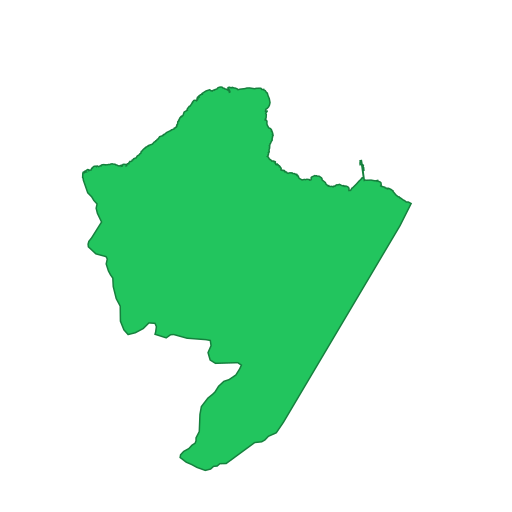 the district of Ngetbong, Ngardmau, Palau, rotated 62°
{"feature_id": "81905179B3509636164924", "entity_name": "Ngetbong", "entity_type": "district", "adm_level": 2, "iso_a3": "PLW", "parent_name": "Palau", "parent_adm1": "Ngardmau", "projection": "robinson", "projection_center": [134.551, 7.586], "detail": "fine", "context": "isolated", "style": "filled", "palette": "green", "viewbox_px": 512, "rotation_deg": 62, "n_neighbors": 0, "source": "geoboundaries", "source_scale": "gbopen_adm2", "svg_char_len": 6077}
<svg xmlns="http://www.w3.org/2000/svg" viewBox="0 0 512 512"><g transform="rotate(62 256 256)"><path d="M282.5,94.4L279.8,96.2L279.0,97.9L276.6,98.9L276.3,99.4L272.5,101.2L272.4,101.6L271.1,101.8L270.4,102.7L267.8,103.8L262.9,104.8L262.8,104.5L260.5,105.6L260.4,106.0L259.8,106.1L258.4,107.2L258.3,108.0L258.6,108.2L258.3,108.6L257.7,108.4L256.6,110.0L255.8,109.9L253.4,112.6L253.1,112.3L252.5,112.9L251.9,112.0L250.0,111.3L249.0,111.6L247.1,113.2L246.4,113.0L246.2,113.4L246.6,114.1L246.1,114.2L245.6,115.5L243.0,118.8L240.9,123.1L240.1,124.1L240.1,124.9L230.9,121.5L231.0,120.5L228.4,119.4L227.6,119.7L226.3,118.6L224.8,119.3L221.2,118.1L220.8,119.4L222.6,120.1L222.6,120.5L224.3,121.2L224.7,119.7L237.8,124.5L236.8,125.5L237.0,126.4L237.6,127.3L238.2,129.8L239.6,133.5L241.2,138.8L241.1,139.4L242.5,141.7L241.8,143.2L240.3,142.3L239.1,142.1L238.0,142.5L236.7,143.5L236.3,144.2L236.4,144.6L235.9,144.7L235.9,145.5L235.0,145.6L234.9,146.3L233.8,147.4L231.9,148.7L231.7,150.1L230.9,151.7L231.3,152.6L231.1,153.1L231.5,153.7L230.8,154.8L231.2,155.2L230.8,155.9L230.1,156.3L229.6,157.6L228.3,159.3L227.9,158.9L227.6,159.4L225.8,160.4L223.7,160.3L219.9,161.9L218.5,161.4L217.7,161.5L215.2,162.8L214.1,164.7L213.5,164.9L213.2,165.9L212.6,166.3L212.5,168.4L212.4,170.0L212.9,170.7L214.1,171.1L214.6,171.9L214.3,173.0L213.6,173.0L212.1,175.1L211.9,176.4L211.1,177.3L210.5,179.6L207.9,181.3L206.4,181.5L205.5,181.1L204.4,181.9L204.2,181.6L203.8,182.0L203.3,181.7L203.1,182.2L202.7,182.1L202.2,183.0L201.4,183.2L200.7,184.5L200.1,185.1L199.7,185.0L199.2,185.7L198.2,187.6L198.1,188.9L197.2,189.6L196.3,189.6L195.3,190.6L195.4,190.9L194.5,191.1L194.1,190.8L193.8,191.2L193.6,191.1L192.7,192.3L192.9,192.4L192.7,192.8L191.6,193.6L190.4,192.6L188.7,192.8L188.3,193.3L188.0,192.9L187.4,193.0L186.8,193.5L185.9,193.6L185.5,194.4L184.8,194.1L184.5,195.0L185.0,195.9L184.1,195.3L183.0,195.5L183.0,195.1L181.8,195.0L181.7,194.8L181.1,195.2L181.0,196.0L180.0,196.3L179.8,197.5L177.7,197.9L177.5,198.4L176.6,198.7L174.6,198.7L173.5,199.2L173.5,198.7L172.5,198.1L172.6,197.7L171.3,196.7L170.4,196.5L170.5,195.7L170.2,195.4L168.4,194.7L166.9,193.1L166.2,193.1L165.8,192.5L164.7,192.3L164.6,191.7L163.5,190.9L163.3,190.2L162.1,188.8L161.4,187.4L160.9,187.4L160.5,186.8L159.7,186.6L159.3,185.9L158.4,185.6L157.9,184.6L157.3,184.1L156.8,184.2L156.7,184.5L156.2,184.4L156.0,183.8L154.3,183.4L153.2,183.7L153.1,183.3L152.6,183.5L151.9,183.1L150.3,183.4L148.8,184.6L145.4,184.6L144.1,184.2L142.1,183.0L140.6,183.3L140.3,184.0L139.5,183.6L139.5,183.1L138.7,182.2L135.8,180.4L134.6,180.5L133.8,179.1L133.7,178.4L133.2,178.2L132.6,179.6L131.1,178.5L130.9,176.7L130.2,174.8L129.1,173.3L127.1,171.6L123.3,170.4L120.0,170.1L117.4,169.5L116.7,170.0L114.4,170.2L112.9,171.2L112.5,171.0L111.7,172.7L110.3,172.9L109.7,173.7L107.9,177.4L107.8,178.5L104.6,182.8L103.4,185.2L103.0,187.2L101.2,191.8L100.7,193.9L99.5,194.2L97.8,195.7L97.6,196.3L96.6,197.1L96.1,198.4L95.9,198.2L95.6,199.2L94.5,200.2L94.2,201.2L94.5,201.5L94.4,201.9L95.4,202.3L95.9,202.2L96.0,201.7L97.7,201.7L98.7,201.9L99.1,202.3L99.0,202.6L98.6,202.3L97.1,202.6L94.5,204.1L94.1,204.9L92.9,205.4L92.4,206.2L91.0,206.7L90.3,207.7L89.8,209.0L89.6,210.6L90.2,212.2L89.8,214.1L90.1,214.8L89.7,215.1L89.6,216.2L89.8,217.3L89.4,217.4L89.0,218.2L87.5,218.8L86.8,222.6L87.2,227.4L88.0,227.5L87.5,229.5L87.9,229.8L87.9,231.3L88.7,231.5L88.2,231.9L88.4,233.1L89.0,233.0L88.9,233.4L89.9,233.6L89.6,234.4L90.9,235.0L91.0,235.7L90.5,235.8L89.5,237.5L89.6,238.1L90.2,239.5L90.5,239.6L90.5,240.2L90.9,240.4L92.8,244.0L92.5,244.6L93.8,247.5L94.6,248.3L95.0,248.2L95.2,251.9L97.7,254.6L97.9,255.6L97.6,256.0L98.1,256.4L97.7,256.8L98.5,258.7L99.1,259.1L99.2,259.6L99.8,260.1L99.8,260.5L100.6,260.8L100.5,261.6L100.8,262.1L102.8,263.3L102.8,264.0L103.3,264.1L103.5,264.8L104.4,265.1L104.4,265.7L104.8,265.8L104.8,268.0L105.1,267.9L105.4,268.9L104.9,271.6L105.2,271.9L105.0,277.0L105.7,280.0L105.4,280.3L105.6,281.4L106.0,281.6L105.4,285.1L106.7,287.4L106.6,288.2L107.4,290.0L107.2,290.5L107.7,291.4L107.6,292.4L108.6,295.0L108.0,298.8L108.3,299.1L108.1,299.4L108.3,299.8L108.1,300.0L108.4,301.9L108.2,302.3L108.6,302.8L108.4,303.0L109.0,305.5L110.0,308.1L109.9,308.3L111.3,309.6L111.2,310.4L111.9,312.1L111.9,313.8L113.1,315.8L112.7,318.0L112.8,318.6L113.3,318.9L113.2,320.4L113.7,320.7L113.9,321.2L113.8,322.4L113.3,322.8L113.9,324.3L114.7,324.9L114.4,325.2L114.6,325.7L114.2,326.2L114.5,327.2L115.5,327.7L115.5,328.3L114.5,327.7L114.1,327.9L113.1,329.4L112.7,330.3L113.1,331.4L113.8,331.8L113.6,332.6L113.0,332.0L112.6,332.2L112.3,334.6L110.9,336.0L110.3,336.1L109.7,337.1L108.7,337.4L108.3,338.4L107.1,339.7L106.6,341.0L106.7,342.1L106.1,342.8L105.6,344.7L104.8,346.0L104.9,346.3L103.9,347.3L103.3,348.9L103.1,349.9L103.7,350.4L103.3,351.0L103.2,353.1L101.9,354.0L102.2,355.0L101.5,355.2L100.8,356.8L101.1,358.6L101.7,359.4L101.4,359.9L102.7,361.4L102.3,362.3L102.2,363.5L101.3,363.2L100.6,364.1L100.9,366.6L101.4,367.0L102.0,366.6L101.7,367.9L101.4,367.4L100.8,367.5L101.0,368.8L101.6,369.0L101.1,369.5L102.0,370.3L105.4,372.3L106.3,372.1L107.8,372.8L121.2,374.9L126.6,373.3L130.7,373.1L135.4,371.9L138.8,374.7L143.9,376.0L153.5,376.4L162.8,392.6L164.6,396.7L166.7,398.7L169.2,399.7L178.9,396.4L186.1,388.7L188.8,388.7L192.7,392.0L199.9,393.3L204.4,393.3L208.3,392.8L216.0,396.4L228.0,399.4L236.5,399.4L249.9,406.3L259.2,407.3L265.3,405.8L267.1,398.6L267.1,389.6L264.8,382.0L268.0,376.8L271.6,377.1L275.9,380.2L277.7,381.9L286.1,373.7L285.4,368.4L286.7,365.5L296.2,355.5L306.4,339.4L309.1,336.0L314.1,337.8L318.8,343.7L326.3,345.3L331.7,342.2L341.6,322.2L345.5,320.1L348.0,323.4L351.6,329.6L352.5,337.8L351.6,343.2L353.4,350.1L356.8,356.0L357.7,359.1L358.9,365.2L363.3,374.9L369.5,379.8L384.4,388.5L388.4,394.3L391.0,395.7L392.7,397.7L393.0,401.4L394.5,405.6L394.6,411.6L396.1,415.9L398.3,417.6L405.3,414.4L409.9,410.7L414.9,407.4L421.5,401.4L422.8,396.1L421.8,392.2L423.2,388.9L422.4,385.4L425.2,379.8L420.1,344.7L422.7,338.2L422.6,334.5L421.0,329.7L421.6,321.1L415.7,309.9L296.8,114.6L282.5,94.4Z" fill="#22c55e" stroke="#15803d" stroke-width="1.5"/></g></svg>